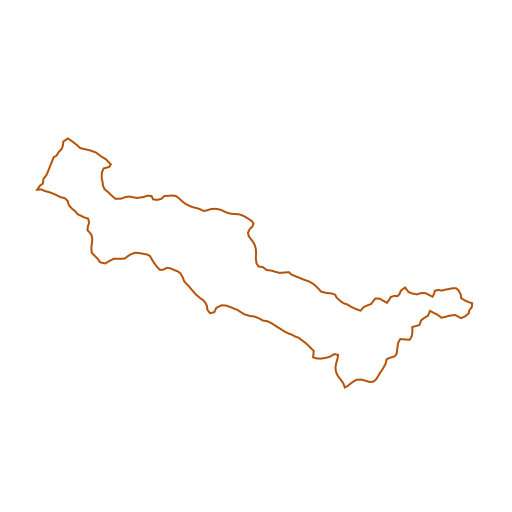 outline of Guaiçara, São Paulo, Brazil, rotated 82°
{"feature_id": "56859067B44295895024526", "entity_name": "Guaiçara", "entity_type": "district", "adm_level": 2, "iso_a3": "BRA", "parent_name": "Brazil", "parent_adm1": "São Paulo", "projection": "mercator", "projection_center": [-49.76, -21.553], "detail": "fine", "context": "isolated", "style": "outline", "palette": "amber", "viewbox_px": 512, "rotation_deg": 82, "n_neighbors": 0, "source": "geoboundaries", "source_scale": "gbopen_adm2", "svg_char_len": 3588}
<svg xmlns="http://www.w3.org/2000/svg" viewBox="0 0 512 512"><g transform="rotate(82 256 256)"><path d="M332.9,48.5L331.0,52.3L329.2,55.2L326.3,58.7L322.8,58.6L317.8,60.4L315.7,62.6L315.3,66.2L315.6,70.0L315.7,73.5L316.1,76.8L315.0,80.2L315.3,83.7L318.2,84.9L320.9,86.8L318.8,89.9L316.4,93.2L315.7,97.3L316.4,102.0L314.8,106.7L312.9,110.0L307.9,112.8L310.5,117.4L313.4,119.0L315.5,121.4L314.8,124.5L315.3,128.1L317.7,130.1L320.6,132.8L318.0,136.2L315.4,139.6L314.7,143.7L317.0,146.2L319.5,148.6L320.2,151.7L321.5,156.4L324.7,160.0L322.5,164.3L319.9,168.4L316.7,172.3L314.9,176.0L311.8,179.2L308.4,182.0L305.4,183.0L303.8,185.8L302.3,191.7L300.3,196.5L295.8,199.6L292.1,202.6L288.8,206.7L286.0,212.1L284.0,215.5L281.4,220.0L279.2,223.6L276.6,225.7L276.0,235.0L274.5,238.7L272.6,242.8L271.3,247.6L267.8,251.0L266.8,254.9L263.5,256.5L258.2,256.5L253.1,255.5L249.3,255.2L244.8,255.7L240.8,257.4L237.9,259.1L235.2,260.5L231.8,260.7L228.3,258.4L226.4,255.5L223.6,253.9L220.8,255.3L217.3,259.3L214.6,262.7L212.5,266.6L211.5,271.0L210.7,274.8L209.3,278.2L207.4,281.4L205.3,284.6L203.7,289.0L203.2,294.0L204.0,298.1L204.1,301.7L201.5,305.5L199.7,309.6L198.5,312.6L196.6,315.7L194.4,318.8L191.1,321.9L187.7,324.6L185.5,327.0L184.5,330.1L184.2,334.4L183.8,338.2L186.2,341.8L186.7,346.1L185.6,350.0L182.1,351.1L181.2,354.9L182.0,359.9L181.9,366.1L180.9,369.1L179.6,372.8L179.4,376.4L180.4,381.7L179.8,387.2L175.6,390.9L172.9,392.9L168.7,396.7L164.9,397.8L161.8,397.6L157.5,398.0L151.9,397.0L148.1,394.7L147.4,389.1L145.1,387.0L139.2,391.3L135.8,395.5L131.2,400.1L128.4,405.5L126.4,410.6L124.8,414.9L121.2,417.9L116.7,422.3L113.4,426.0L115.9,430.9L119.9,431.9L123.2,433.8L125.6,436.9L128.8,439.5L130.1,442.7L133.7,444.7L138.0,447.2L142.6,449.8L146.6,452.2L150.0,455.7L154.7,457.0L156.1,460.0L159.9,463.5L160.2,459.2L162.1,456.4L164.1,451.7L166.3,447.6L168.2,444.8L170.5,441.4L172.1,437.4L175.1,434.9L179.8,434.2L183.4,431.7L186.6,428.8L190.0,426.6L192.0,423.4L193.8,420.9L195.7,417.0L199.7,416.6L203.7,418.5L207.1,419.3L210.3,416.9L213.3,415.8L216.6,415.8L219.8,416.5L224.7,417.9L229.8,418.2L233.1,415.9L236.6,413.2L240.5,411.3L242.4,406.5L240.6,402.0L238.9,397.2L239.8,391.3L240.3,386.5L238.7,383.6L237.1,380.3L235.9,375.3L237.3,369.7L238.4,366.7L239.4,363.5L241.3,361.0L245.9,359.2L249.7,357.4L253.4,355.2L256.3,353.2L256.7,350.0L255.3,345.8L256.5,342.1L258.6,338.9L260.2,335.8L262.7,333.2L266.8,331.6L271.0,330.6L274.4,328.5L276.9,326.5L280.8,324.1L285.6,321.0L289.9,317.2L292.1,314.7L294.7,312.9L298.4,311.6L302.5,311.6L306.2,309.5L305.9,305.2L301.7,302.4L300.0,296.9L301.0,292.3L303.1,288.3L305.0,285.2L306.9,281.8L309.4,278.9L312.2,275.5L314.6,270.3L315.8,265.8L318.3,261.5L320.9,258.1L322.3,253.5L325.3,249.3L328.9,245.2L331.9,241.6L334.7,238.3L337.2,234.7L339.1,231.1L341.0,228.7L342.9,225.1L345.4,222.7L349.2,218.9L352.4,216.3L355.1,214.3L358.1,212.0L364.3,213.6L366.0,209.8L366.6,206.3L366.7,202.4L366.1,197.1L364.0,192.1L365.3,188.6L368.4,189.3L372.8,191.3L377.5,192.8L380.8,193.0L384.4,192.3L387.2,191.1L389.8,189.5L394.3,187.3L398.6,186.3L397.4,183.2L395.7,180.4L393.8,177.0L392.5,173.4L393.1,168.7L395.0,164.4L396.5,161.2L396.8,157.4L395.2,154.6L392.3,152.0L389.3,149.7L385.1,145.9L381.0,142.8L376.3,140.9L375.2,136.3L374.7,132.7L372.5,130.4L365.8,128.5L361.5,127.2L358.3,124.7L359.6,119.2L360.3,115.4L357.0,112.9L353.0,111.7L348.1,111.1L347.1,103.8L342.6,101.3L340.5,97.5L339.1,94.0L334.6,91.3L337.0,88.0L339.4,84.4L342.9,81.0L342.6,76.8L342.1,73.4L342.1,67.1L346.1,61.6L344.9,57.5L342.6,53.5L339.3,52.2L336.8,49.5L332.9,48.5Z" fill="none" stroke="#b45309" stroke-width="2"/></g></svg>